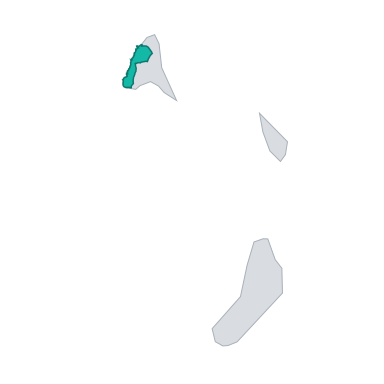 Domoni, Andjouân, Comoros (highlighted), rotated 218°
{"feature_id": "10938185B41806506469500", "entity_name": "Domoni", "entity_type": "district", "adm_level": 2, "iso_a3": "COM", "parent_name": "Comoros", "parent_adm1": "Andjouân", "projection": "albers", "projection_center": [44.503, -12.179], "detail": "fine", "context": "in_parent", "style": "filled", "palette": "teal", "viewbox_px": 384, "rotation_deg": 218, "n_neighbors": 0, "source": "geoboundaries", "source_scale": "gbopen_adm2", "svg_char_len": 4554}
<svg xmlns="http://www.w3.org/2000/svg" viewBox="0 0 384 384"><g transform="rotate(218 192 192)"><path d="M107.2,198.9L103.4,201.7L84.8,189.9L74.2,187.2L58.5,168.1L64.2,101.7L69.1,93.2L72.9,89.7L81.5,88.4L92.0,96.7L89.4,139.4L103.4,168.0L112.4,190.8L107.2,198.9ZM312.4,235.9L322.7,264.6L322.6,286.1L318.3,293.0L309.2,288.5L292.4,271.3L260.5,254.6L275.1,253.2L283.7,254.9L292.7,253.4L298.4,243.9L299.5,238.3L307.5,233.8L312.4,235.9ZM173.0,282.9L187.3,295.6L147.7,290.4L141.4,279.0L141.1,270.5L155.9,272.3L173.0,282.9Z" fill="#d9dde1" stroke="#a8b0b8" stroke-width="1"/><path d="M322.3,277.2L322.4,276.9L322.5,276.8L322.5,276.6L322.6,276.4L322.9,276.1L323.1,276.0L323.1,275.7L323.1,275.2L323.2,274.7L323.6,274.2L323.9,273.9L323.8,273.5L324.0,273.5L323.8,273.3L323.8,273.2L324.0,273.0L324.3,273.2L324.7,273.1L324.8,273.1L325.0,273.1L325.4,273.0L325.5,272.9L325.4,272.8L325.2,272.7L324.9,272.8L324.7,272.7L324.4,272.7L324.2,272.6L323.9,272.5L323.7,272.5L323.4,272.5L323.5,272.4L323.4,272.4L323.5,272.3L323.5,272.1L323.8,272.2L323.9,271.9L323.8,271.7L323.7,271.6L323.7,271.3L323.8,271.2L324.0,271.2L324.3,271.2L324.2,271.2L323.9,271.1L323.7,271.0L323.7,270.6L323.8,270.4L323.7,270.2L323.8,269.9L324.0,270.0L324.2,269.9L324.0,269.7L323.8,269.7L323.8,269.8L323.7,269.8L323.6,269.7L323.4,269.6L323.5,269.4L323.4,269.1L323.4,268.8L323.2,268.4L323.0,268.1L323.0,267.9L322.9,267.8L322.8,267.6L322.7,267.3L322.7,267.2L322.7,266.8L322.8,266.5L323.0,266.4L323.1,266.2L323.0,265.9L322.9,265.8L322.7,265.7L322.6,265.4L322.4,265.4L322.2,264.9L321.9,264.7L321.7,264.6L321.6,264.3L321.6,264.2L321.7,263.8L321.7,263.7L321.4,262.9L321.4,262.7L321.2,262.4L321.2,262.0L321.1,261.5L321.2,261.2L321.3,261.1L321.4,260.9L321.5,260.8L321.5,260.6L321.5,260.3L321.5,260.1L321.4,260.0L321.2,259.9L320.9,259.5L320.9,259.4L320.9,259.2L321.0,259.2L321.3,259.0L321.2,259.0L321.3,258.9L321.3,258.7L321.2,258.7L320.8,258.4L321.0,258.2L321.0,257.9L320.9,257.9L320.7,257.8L320.6,257.6L320.5,257.4L320.3,257.2L320.0,256.4L320.0,256.0L319.4,255.6L319.2,255.4L319.2,255.2L318.8,254.9L318.7,254.7L318.4,254.0L318.2,253.6L318.1,253.1L317.9,252.7L317.8,252.3L317.9,252.2L317.8,251.9L317.7,251.8L317.5,251.4L317.4,251.2L317.3,250.9L317.5,250.5L317.5,250.4L317.6,250.2L317.5,249.9L317.3,249.8L317.2,249.6L317.3,249.5L317.3,249.4L317.1,249.3L317.0,249.0L317.0,248.9L317.0,248.7L317.2,248.4L316.9,248.3L316.9,248.2L317.0,248.1L317.0,247.9L317.0,247.7L317.2,247.4L317.0,247.2L316.9,247.1L316.9,246.9L316.9,246.6L316.9,246.4L316.5,246.2L316.3,246.2L316.0,246.2L315.9,246.1L316.0,246.0L316.1,245.9L316.3,245.9L316.3,245.7L316.2,245.5L316.2,245.4L316.3,245.3L316.3,245.1L316.2,245.0L316.1,244.9L316.1,245.0L316.0,244.9L315.9,244.9L316.0,244.8L316.1,244.7L316.3,244.7L316.1,244.4L316.0,244.2L316.0,244.3L315.9,244.2L315.7,244.3L315.6,244.2L315.3,244.0L315.1,243.8L314.9,243.8L314.6,243.6L314.6,243.3L314.5,243.1L314.5,242.9L314.4,242.9L314.5,242.6L314.6,242.4L314.6,242.2L314.8,242.0L314.9,241.9L314.9,241.7L315.0,241.6L315.2,241.4L315.3,241.4L315.4,241.2L315.5,241.1L315.6,240.9L315.7,240.7L315.8,240.4L315.8,239.5L315.8,239.4L315.8,239.2L315.7,239.0L315.7,238.9L315.6,238.7L315.4,238.6L315.2,238.3L315.3,238.2L315.2,238.2L314.9,237.7L314.8,237.3L314.8,237.2L314.7,237.2L314.4,237.0L314.3,236.8L314.1,236.7L313.9,236.3L313.8,236.1L313.7,236.0L313.6,235.9L313.6,235.7L313.5,235.3L313.3,235.2L313.2,235.3L313.1,235.2L313.0,234.9L312.9,234.8L312.8,234.7L312.7,234.4L312.4,234.2L312.2,233.9L311.9,233.8L311.8,233.6L311.4,233.4L311.0,233.3L310.6,233.2L310.3,233.1L309.6,233.3L309.3,233.4L308.8,233.5L308.7,233.6L308.5,233.8L308.3,233.7L308.2,233.8L307.9,234.0L307.7,234.1L307.5,234.3L307.3,234.5L307.2,234.8L307.1,235.0L306.9,235.1L306.7,235.1L306.4,235.4L306.3,235.5L306.2,235.6L305.8,235.8L305.7,235.8L305.6,236.0L305.4,236.1L305.1,236.3L304.9,236.3L304.7,236.3L304.6,236.5L304.3,236.7L304.1,236.8L305.0,238.1L305.1,238.9L305.1,239.6L305.0,240.3L305.0,241.4L305.4,241.9L306.3,242.7L306.8,243.4L307.5,244.4L308.3,245.7L308.8,246.7L308.9,247.4L309.6,249.7L310.2,250.6L310.5,252.6L310.7,252.9L311.1,253.4L311.9,254.8L312.6,255.5L313.1,255.8L314.1,256.6L315.3,257.9L315.8,258.0L315.7,258.7L314.8,259.3L314.5,260.3L313.4,261.2L312.1,262.1L312.1,262.9L308.8,266.6L308.3,267.0L307.5,267.2L307.5,267.5L307.7,268.1L307.9,268.7L308.3,269.9L308.8,273.0L308.9,274.1L308.8,275.1L308.7,276.4L308.6,276.6L309.3,277.0L310.0,277.5L311.1,277.8L313.4,278.5L314.5,278.8L315.3,279.1L317.5,279.0L319.0,278.1L319.7,277.5L320.4,276.9L321.3,276.1L321.6,277.2L322.3,277.2Z" fill="#14b8a6" stroke="#0f766e" stroke-width="1.5"/></g></svg>